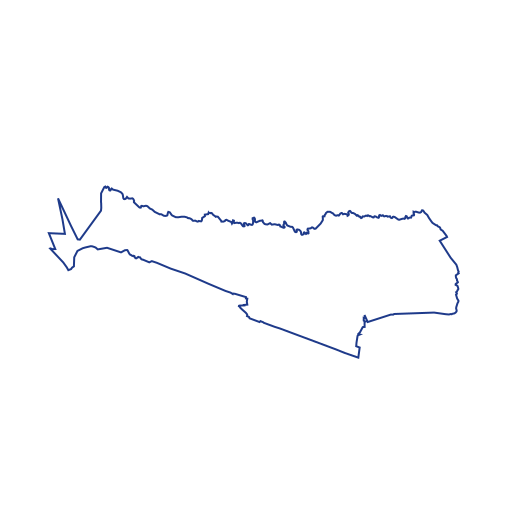 the district of Polotitlán, México, Mexico, rotated 151°
{"feature_id": "50627088B18153626754023", "entity_name": "Polotitlán", "entity_type": "district", "adm_level": 2, "iso_a3": "MEX", "parent_name": "Mexico", "parent_adm1": "México", "projection": "equal_earth", "projection_center": [-99.828, 20.212], "detail": "fine", "context": "isolated", "style": "outline", "palette": "blue", "viewbox_px": 512, "rotation_deg": 151, "n_neighbors": 0, "source": "geoboundaries", "source_scale": "gbopen_adm2", "svg_char_len": 6110}
<svg xmlns="http://www.w3.org/2000/svg" viewBox="0 0 512 512"><g transform="rotate(151 256 256)"><path d="M401.2,402.4L407.5,381.9L412.4,368.0L426.1,376.4L428.2,359.4L431.1,360.9L431.9,362.2L432.4,362.3L427.7,343.8L427.0,337.8L427.0,334.6L424.1,334.2L422.5,335.0L420.3,335.2L415.6,343.0L409.7,347.0L403.8,346.8L401.1,346.2L395.8,344.7L394.6,343.9L392.9,342.1L392.1,341.0L391.2,338.5L382.3,335.4L372.5,324.8L372.2,324.6L367.9,324.6L365.8,323.7L365.6,323.3L365.7,319.5L365.4,318.1L364.7,317.3L364.5,316.6L363.3,315.2L363.0,315.0L362.8,315.3L362.4,314.9L362.6,313.9L362.5,312.5L361.6,311.9L360.0,312.3L359.4,312.2L359.4,311.9L358.1,311.1L357.9,309.1L357.3,308.0L356.8,307.8L352.4,302.2L349.6,302.0L346.0,298.1L336.7,286.3L326.4,275.0L311.0,254.7L299.6,240.2L296.0,236.3L294.8,234.1L294.5,234.4L294.3,234.3L292.7,233.1L284.7,224.9L285.4,223.8L284.3,222.9L286.2,220.5L287.2,217.7L290.2,219.0L290.3,218.5L290.7,218.7L294.4,220.6L295.0,220.7L295.3,220.4L294.9,219.7L294.8,218.3L294.1,216.0L292.4,211.2L292.1,209.2L292.4,208.4L293.0,207.8L291.7,206.1L291.8,204.6L284.9,196.5L283.7,196.9L281.8,194.5L281.5,193.7L274.0,185.0L270.3,181.1L231.4,135.6L225.4,128.2L215.8,117.5L209.7,125.7L212.1,128.5L210.1,131.5L205.9,136.9L205.2,137.2L203.3,137.0L204.2,137.8L204.3,138.2L202.0,138.9L197.2,142.0L196.8,142.0L195.4,141.3L193.0,145.7L192.1,145.6L193.1,147.2L192.8,147.9L192.3,148.6L191.7,149.8L190.5,148.7L189.7,151.8L190.3,144.1L166.5,139.4L164.3,138.2L163.3,138.3L127.7,120.2L118.4,113.2L115.6,111.3L114.0,110.9L113.1,110.2L112.5,110.3L110.2,109.6L108.7,109.8L107.5,110.3L106.9,111.1L106.4,113.1L105.7,114.1L102.8,116.9L101.1,118.0L100.6,118.8L100.7,121.3L99.8,125.2L98.6,125.6L98.5,127.3L97.7,127.3L96.2,128.5L95.6,128.6L95.0,129.1L94.5,130.8L94.3,132.3L95.4,134.0L94.9,134.7L92.2,135.1L92.0,135.9L92.1,137.0L91.5,138.3L91.6,139.8L91.2,141.1L90.6,142.2L87.1,142.6L87.1,143.6L86.3,144.2L86.3,145.4L85.4,148.7L85.0,151.3L86.6,160.1L87.9,180.3L79.7,180.0L79.6,181.2L80.5,187.6L81.5,189.4L81.6,189.9L81.3,191.3L81.4,192.1L82.7,194.0L82.7,195.0L83.7,195.8L85.6,199.4L85.9,201.5L86.3,205.6L86.3,208.8L87.6,212.3L87.6,213.7L88.0,215.1L88.7,215.5L90.2,214.4L91.6,214.4L92.7,215.2L94.7,217.3L95.6,217.6L96.5,217.6L96.8,218.2L97.4,217.2L97.5,215.9L98.0,215.1L98.4,215.0L98.9,215.5L100.3,215.7L101.7,214.4L103.0,215.1L103.7,215.2L104.5,215.0L105.0,215.2L105.0,217.8L105.5,218.3L106.6,217.6L107.2,216.6L108.1,216.5L108.8,217.2L109.9,217.6L113.3,218.3L114.0,219.1L115.7,222.7L116.6,223.7L117.4,223.9L118.2,223.3L118.8,223.3L119.4,223.9L119.7,224.8L119.6,225.8L121.8,226.6L122.0,227.3L122.4,227.5L122.8,228.0L124.7,228.5L125.0,229.0L125.2,230.0L125.7,230.3L126.1,230.1L127.1,230.4L127.7,231.8L128.3,231.9L128.9,231.5L129.8,230.1L130.3,230.0L131.3,231.0L132.0,232.3L132.9,233.2L133.5,233.2L134.3,232.7L134.9,232.9L136.6,235.4L137.0,235.8L137.5,235.8L138.2,237.2L138.7,237.4L139.4,237.1L140.2,238.0L142.3,238.1L143.5,238.9L144.9,238.1L145.7,238.2L145.9,238.9L145.8,239.7L146.1,240.2L146.6,240.3L147.2,242.3L147.4,242.5L147.9,242.1L148.3,242.3L149.0,244.7L149.7,245.8L150.4,246.7L151.1,247.0L151.5,247.5L151.8,249.6L152.0,249.9L153.1,250.0L154.3,249.3L154.4,248.2L154.6,247.5L155.4,246.8L156.4,246.8L156.1,247.8L156.6,248.7L158.2,250.0L159.7,250.3L159.9,251.7L160.4,252.2L161.7,252.2L163.8,251.2L164.3,251.4L164.5,251.9L165.1,252.2L166.4,252.4L166.7,252.7L167.5,253.7L168.1,256.1L169.0,257.3L169.5,258.4L170.0,258.9L172.1,260.0L174.1,259.6L175.1,258.8L175.9,258.6L176.9,257.5L178.2,258.3L178.5,258.2L179.7,255.7L180.3,254.9L183.8,253.0L190.6,251.0L191.8,251.5L192.4,253.1L193.1,253.9L194.8,253.7L197.5,254.8L198.3,254.0L198.2,252.2L199.1,250.4L199.5,250.4L200.4,251.7L201.3,251.0L201.6,251.0L202.1,253.0L202.3,253.3L202.7,253.3L203.7,252.0L205.2,252.1L205.7,252.4L205.8,253.5L205.1,254.8L205.0,256.3L205.6,258.0L207.0,259.2L207.7,259.3L208.0,258.8L208.3,257.8L208.7,257.4L209.4,257.4L210.0,257.9L210.2,258.7L209.9,262.9L210.2,263.9L211.7,264.9L213.8,267.5L214.0,268.7L213.8,270.7L214.2,272.3L214.6,272.4L215.0,272.1L215.6,270.6L216.5,270.2L217.2,269.6L216.9,267.4L217.4,267.1L218.0,267.2L219.1,268.4L219.6,269.3L220.4,270.0L220.2,271.7L220.7,272.4L221.7,272.4L224.2,274.7L227.0,275.8L227.7,277.9L230.6,278.0L231.8,278.7L233.0,279.9L233.5,282.3L233.0,283.8L233.1,284.1L234.5,284.4L235.3,284.9L239.4,285.3L240.1,286.3L239.8,287.6L239.0,288.8L238.9,289.9L239.1,290.5L240.6,290.7L241.1,289.9L241.3,288.4L242.5,286.4L243.6,285.3L244.1,285.1L244.7,285.3L245.5,286.1L246.2,287.1L246.8,287.4L247.8,286.7L248.4,286.9L249.0,289.5L249.8,290.3L250.8,290.4L251.1,289.8L251.4,287.8L252.2,287.7L253.0,288.4L253.4,291.9L254.0,292.9L255.1,293.1L256.0,294.0L257.0,294.6L259.0,295.3L258.9,296.6L258.2,297.6L258.8,298.3L260.4,296.5L261.3,296.0L261.1,297.7L263.2,300.3L264.3,302.0L265.3,302.2L266.3,301.7L267.9,301.9L269.6,302.9L269.4,303.8L270.3,308.8L271.6,309.8L272.2,309.8L272.5,310.7L273.5,312.7L273.9,315.0L274.2,315.3L275.0,315.5L275.3,316.0L276.0,316.4L276.6,316.4L276.6,316.7L277.5,315.8L280.7,317.0L281.4,315.6L284.6,315.4L285.8,313.7L286.7,313.0L287.2,312.9L289.1,314.4L289.5,314.2L290.6,314.5L292.0,316.4L294.0,317.3L294.3,317.9L294.4,318.9L294.8,319.8L295.3,320.6L296.3,321.7L296.8,321.8L297.2,322.2L297.4,322.9L298.1,323.7L299.6,325.1L302.0,326.4L305.3,327.6L307.4,328.9L309.6,332.0L309.9,332.8L310.2,335.9L310.6,336.4L311.3,337.1L312.1,336.5L313.8,334.6L314.4,334.5L315.9,335.0L317.2,336.0L318.5,338.3L319.3,338.9L320.0,339.1L323.2,343.7L324.2,346.8L325.8,349.0L326.8,352.1L327.4,352.9L328.2,353.4L330.5,354.1L331.5,355.2L332.0,355.4L333.3,354.2L334.0,354.5L334.5,355.2L336.7,362.2L336.4,362.8L335.9,363.2L335.7,364.6L335.8,365.7L336.2,366.4L338.1,367.1L339.7,368.2L340.2,370.2L342.3,369.2L343.3,369.4L343.9,369.9L344.0,370.9L342.9,373.9L342.7,375.2L343.3,377.3L345.4,380.2L348.9,383.4L349.5,385.0L350.4,384.8L351.3,384.0L351.6,383.9L352.3,384.4L352.4,384.9L352.3,385.4L351.6,386.7L351.7,387.8L352.2,388.6L352.5,388.6L353.2,388.1L354.0,388.2L354.2,388.5L354.2,389.8L355.3,389.8L361.1,385.9L365.4,378.3L365.8,377.3L368.0,373.1L369.6,370.8L402.1,355.7L403.9,357.0L403.2,372.1L401.2,402.4Z" fill="none" stroke="#1e3a8a" stroke-width="2"/></g></svg>